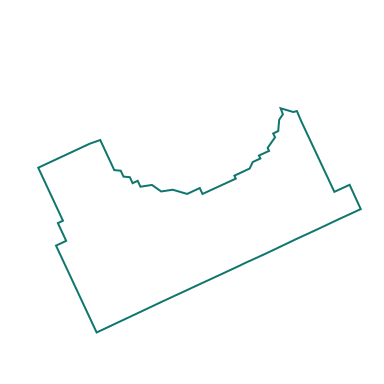 outline of Wibaux, Montana, United States of America, rotated 65°
{"feature_id": "52423323B54665003202260", "entity_name": "Wibaux", "entity_type": "district", "adm_level": 2, "iso_a3": "USA", "parent_name": "United States of America", "parent_adm1": "Montana", "projection": "robinson", "projection_center": [-104.243, 47.019], "detail": "fine", "context": "isolated", "style": "outline", "palette": "teal", "viewbox_px": 384, "rotation_deg": 65, "n_neighbors": 0, "source": "geoboundaries", "source_scale": "gbopen_adm2", "svg_char_len": 983}
<svg xmlns="http://www.w3.org/2000/svg" viewBox="0 0 384 384"><g transform="rotate(65 192 192)"><path d="M105.0,321.1L163.5,321.1L163.5,326.7L183.1,326.7L183.1,337.9L279.0,337.8L278.9,311.9L278.9,309.9L278.9,307.0L278.9,306.7L278.9,305.4L278.7,264.8L278.8,225.0L278.8,222.2L278.9,185.0L278.9,183.7L278.9,178.8L278.8,177.3L278.8,174.8L278.8,169.2L278.9,168.2L278.9,163.7L279.0,150.3L278.7,116.3L278.8,97.7L278.8,96.9L278.8,96.5L278.8,94.8L278.8,93.8L278.8,92.6L278.7,72.1L278.7,71.4L278.7,67.0L278.8,54.8L278.8,46.3L252.1,46.1L252.0,62.9L173.9,63.1L163.0,62.7L162.3,66.4L153.6,76.3L160.0,76.8L163.3,82.4L173.2,88.1L173.3,93.7L177.5,93.6L184.0,104.8L187.3,104.8L187.2,115.9L190.5,115.9L190.5,124.3L195.1,129.8L195.1,146.7L198.4,146.7L198.2,183.3L191.7,183.3L191.7,197.2L181.8,208.5L178.5,219.7L168.7,225.3L165.4,236.5L158.9,236.5L158.9,242.1L152.3,242.1L149.1,247.6L142.6,247.6L139.3,253.2L106.1,253.2L105.0,264.4L105.0,321.1Z" fill="none" stroke="#0f766e" stroke-width="2"/></g></svg>